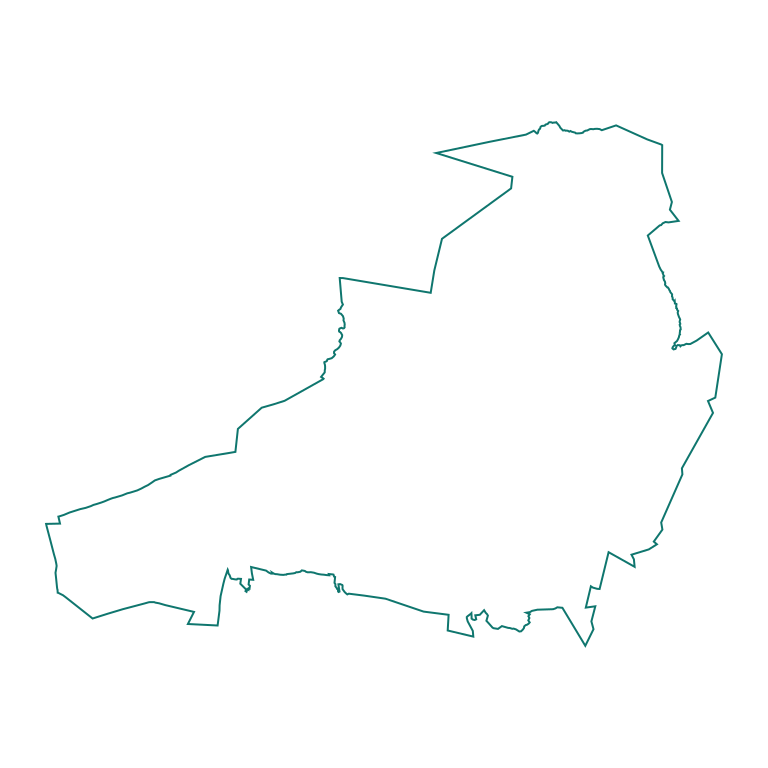 the district of Cerro de San Pedro, San Luis Potosí, Mexico
{"feature_id": "50627088B42446893123759", "entity_name": "Cerro de San Pedro", "entity_type": "district", "adm_level": 2, "iso_a3": "MEX", "parent_name": "Mexico", "parent_adm1": "San Luis Potosí", "projection": "robinson", "projection_center": [-100.785, 22.201], "detail": "fine", "context": "isolated", "style": "outline", "palette": "teal", "viewbox_px": 768, "rotation_deg": 0, "n_neighbors": 0, "source": "geoboundaries", "source_scale": "gbopen_adm2", "svg_char_len": 6095}
<svg xmlns="http://www.w3.org/2000/svg" viewBox="0 0 768 768"><path d="M713.0,412.9L712.7,412.2L708.0,401.0L715.3,397.6L721.9,354.2L708.2,332.5L696.6,340.6L690.3,344.0L688.4,344.1L686.4,343.8L683.7,345.1L682.2,345.1L681.2,345.5L680.4,346.3L679.7,345.2L677.7,345.1L676.4,346.1L676.2,347.4L675.5,348.9L673.6,349.4L672.4,348.4L672.6,347.4L673.7,345.9L674.9,345.1L674.4,343.2L677.1,340.9L678.2,338.8L679.0,336.9L679.0,336.4L679.4,335.1L680.0,334.5L679.7,334.0L679.8,332.7L680.0,331.2L680.0,330.2L680.7,329.5L680.5,327.2L680.2,326.5L679.9,325.9L679.7,324.6L680.3,323.9L680.1,323.1L679.6,322.0L679.7,321.3L679.9,320.5L680.2,319.6L679.8,318.6L679.0,317.0L678.5,315.6L677.9,313.9L677.7,312.4L678.2,311.0L677.1,309.7L677.0,308.5L676.2,308.1L676.3,306.6L676.1,306.3L676.5,304.5L676.4,303.9L675.9,303.8L674.9,303.5L674.7,300.9L674.4,301.3L672.6,299.1L672.7,298.3L672.5,297.2L672.0,296.5L672.1,294.3L670.3,292.1L670.0,290.9L669.6,290.6L669.3,289.9L668.7,288.6L667.8,287.4L667.3,287.4L665.4,285.4L665.0,284.4L665.1,283.8L665.3,283.2L665.1,282.5L665.0,281.8L664.6,281.0L663.9,280.0L663.9,279.4L663.5,278.7L663.5,278.0L663.2,277.1L663.4,276.9L664.1,276.0L663.6,275.5L663.3,274.9L663.1,274.0L662.7,273.3L663.1,272.4L662.5,272.2L662.0,271.6L661.7,271.0L660.7,269.6L659.2,266.5L647.8,235.5L659.7,225.4L661.1,225.1L662.7,223.3L665.5,222.0L666.2,222.1L668.5,222.4L678.6,220.9L669.9,209.7L671.9,202.0L662.1,173.0L662.2,145.1L661.2,144.5L647.2,139.4L616.1,125.4L601.8,130.2L599.7,129.1L597.1,128.8L594.8,128.9L593.3,129.2L590.9,129.0L589.7,129.2L587.2,130.5L585.9,130.6L585.1,130.9L583.5,131.8L582.9,132.7L581.3,133.1L579.4,133.3L577.5,133.4L575.8,133.3L575.1,132.6L571.9,131.8L570.4,131.0L569.5,131.6L568.8,131.4L567.9,130.8L566.8,130.6L565.5,130.7L564.7,130.2L563.0,130.5L560.3,127.7L559.3,125.8L556.2,122.2L555.2,122.6L554.6,122.5L554.1,122.6L553.5,122.6L553.0,122.7L552.7,122.9L552.3,122.8L551.8,122.5L551.3,122.3L549.8,122.2L549.2,122.3L548.6,122.7L548.1,123.6L547.4,124.0L546.6,124.3L546.2,124.3L545.4,124.7L545.1,125.1L544.9,125.5L544.4,125.7L543.7,125.8L542.5,125.9L542.1,125.9L541.5,126.1L541.0,126.5L540.5,127.0L540.2,128.2L540.1,128.6L539.6,129.2L539.1,129.4L538.8,130.0L538.4,130.9L538.0,132.7L537.3,133.5L536.6,133.3L536.2,132.9L535.6,132.2L533.8,130.8L526.0,134.6L489.6,141.8L436.2,153.0L512.4,176.8L511.1,188.4L442.0,238.8L434.3,270.5L430.7,292.8L343.1,278.1L339.7,278.0L341.7,301.7L342.9,304.6L342.1,305.7L341.0,307.4L340.4,309.0L339.1,309.8L338.1,310.7L339.0,313.1L341.0,313.8L343.0,316.2L343.7,318.6L343.5,320.4L344.5,322.8L344.7,324.7L344.5,325.9L344.6,327.4L344.0,328.2L343.0,328.5L341.5,327.8L340.4,328.2L339.4,328.7L339.0,330.3L339.0,331.1L339.4,331.8L340.3,332.2L341.2,333.2L341.6,334.1L342.2,335.1L342.0,336.9L341.0,338.8L339.7,340.3L339.4,341.5L340.2,342.3L340.9,343.6L340.3,345.6L339.0,347.5L337.3,349.1L335.2,350.3L334.1,351.6L334.0,353.1L335.1,354.5L333.8,356.4L331.7,358.2L329.3,358.9L327.6,359.3L327.1,360.1L327.0,360.8L326.3,361.4L324.4,362.1L324.3,362.8L324.9,364.7L325.1,366.3L325.1,368.8L324.8,370.0L324.7,372.4L321.1,376.9L323.0,378.2L323.6,378.7L323.3,379.1L284.6,400.8L273.6,404.3L261.7,407.7L237.9,428.9L235.4,451.9L230.1,452.8L205.2,456.9L188.8,465.2L178.7,470.8L176.1,472.5L170.5,474.9L170.5,475.6L159.2,478.9L154.9,480.4L151.9,482.5L148.0,485.1L144.7,486.7L141.4,488.5L137.3,490.4L133.8,491.5L129.9,492.7L127.3,493.3L122.1,495.4L115.0,497.5L112.9,498.0L110.9,498.7L107.9,499.9L104.4,501.4L101.4,502.5L96.4,504.1L93.5,504.9L90.9,506.1L85.6,507.9L80.3,509.1L69.6,512.5L63.9,514.9L58.9,516.5L58.4,516.6L60.0,523.6L46.1,523.9L46.6,526.2L50.3,540.2L53.9,554.1L55.3,559.0L56.3,563.8L56.6,565.7L56.6,566.1L56.1,569.4L55.5,572.8L55.7,574.6L56.1,578.3L57.0,587.2L57.3,589.3L57.5,589.6L57.7,592.7L58.0,592.7L61.9,594.7L62.6,595.0L62.8,595.1L65.5,597.1L92.6,618.5L107.8,613.7L122.8,609.2L133.8,606.3L144.4,603.5L148.3,602.4L148.6,602.3L150.1,602.1L153.7,602.1L154.4,602.2L155.3,602.6L159.1,603.3L165.3,605.1L194.0,611.9L187.9,624.0L217.6,625.5L219.5,610.6L219.6,605.3L220.6,596.1L223.4,583.6L224.6,578.9L225.2,577.1L226.4,573.6L227.7,569.7L228.0,570.4L228.2,572.4L228.8,574.1L229.6,575.1L230.1,576.5L230.5,577.8L231.1,578.4L231.5,578.8L232.6,578.9L235.2,579.4L236.8,579.5L237.4,578.8L238.2,578.7L241.0,578.9L240.3,583.7L246.2,589.6L245.5,591.1L246.5,591.8L247.4,589.1L248.5,589.8L248.7,588.4L249.5,588.7L249.9,585.8L248.6,584.5L249.2,579.5L253.2,579.8L251.9,573.3L251.1,567.0L266.1,570.6L268.5,572.4L271.0,573.6L272.7,573.6L272.2,572.6L273.8,573.6L275.3,574.1L277.1,574.2L280.0,574.7L283.4,574.9L285.2,574.6L286.5,574.6L286.9,574.1L293.1,573.4L295.1,573.0L296.3,572.2L297.4,572.3L298.6,572.1L300.4,571.7L301.8,570.4L304.2,570.8L305.1,571.1L306.0,571.8L306.7,572.0L307.7,572.3L310.9,572.2L314.0,572.7L316.6,573.6L318.6,574.1L321.3,574.5L323.9,574.7L326.7,575.1L329.2,575.3L328.8,574.0L330.5,574.2L332.6,574.4L333.5,574.6L334.1,576.6L335.1,577.0L334.5,582.9L335.4,584.1L335.4,586.3L336.0,587.1L336.7,588.0L337.0,588.8L337.9,588.7L338.1,591.5L338.6,592.0L339.5,591.6L338.4,584.3L339.3,584.2L340.1,584.1L342.3,585.0L342.6,585.8L342.5,587.6L342.6,589.2L344.8,592.2L346.3,593.6L347.3,594.4L348.8,593.7L350.5,593.9L364.1,595.6L385.5,598.7L423.6,611.6L448.6,614.8L447.7,630.5L473.3,636.6L472.8,630.9L467.7,621.4L466.8,618.1L466.8,617.0L467.5,616.3L470.8,613.8L471.4,613.2L471.6,616.4L471.6,618.6L472.9,619.6L474.7,620.0L476.2,619.3L475.3,615.3L479.8,614.8L484.1,610.2L485.7,612.8L487.0,614.1L487.9,615.6L486.4,620.8L488.9,623.5L492.5,627.6L493.6,628.2L498.0,628.9L501.9,626.1L508.2,627.9L509.8,628.0L512.3,628.8L513.6,628.6L516.0,629.4L519.3,631.5L521.1,631.3L523.0,629.4L524.0,627.9L524.2,626.4L525.7,625.1L527.1,624.7L528.7,623.6L529.7,622.4L528.3,620.4L529.4,618.0L528.4,616.2L529.8,614.3L526.4,612.7L530.0,612.1L531.9,610.9L537.4,609.7L553.1,609.2L555.5,608.4L557.3,607.3L562.4,607.8L585.3,645.8L593.5,629.2L591.4,621.4L595.3,606.3L585.8,607.6L590.9,586.3L592.9,587.6L597.1,588.8L599.6,589.0L608.6,552.2L634.6,566.8L633.9,559.3L631.5,554.7L648.8,549.4L656.9,544.3L653.8,541.6L662.4,529.6L661.2,522.5L682.4,474.4L681.9,468.3L713.0,412.9Z" fill="none" stroke="#0f766e" stroke-width="2"/></svg>